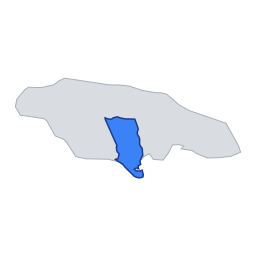 Clarendon highlighted on a map of Jamaica
{"feature_id": "JAM-1370", "entity_name": "Clarendon", "entity_type": "Parish", "adm_level": 1, "iso_a3": "JAM", "parent_name": "Jamaica", "parent_adm1": "", "projection": "robinson", "projection_center": [-77.269, 17.954], "detail": "fine", "context": "in_parent", "style": "filled", "palette": "blue", "viewbox_px": 256, "rotation_deg": 0, "n_neighbors": 0, "source": "natural_earth", "source_scale": "10m", "svg_char_len": 1819}
<svg xmlns="http://www.w3.org/2000/svg" viewBox="0 0 256 256"><path d="M129.4,86.1L142.3,90.4L155.6,92.7L161.4,92.8L166.8,94.2L178.9,104.7L188.7,110.4L225.9,123.2L238.3,145.3L240.6,152.2L231.0,156.3L219.0,157.7L207.4,158.0L196.8,153.7L192.1,150.5L181.0,148.9L183.7,146.0L178.8,144.6L172.6,144.9L168.1,153.4L163.0,160.1L153.3,159.4L149.5,153.7L144.4,156.3L140.3,160.5L135.4,176.4L127.5,168.5L118.8,161.9L108.0,159.2L86.1,158.8L75.8,156.6L67.2,143.2L63.8,139.4L55.2,135.9L46.6,120.6L43.5,118.5L20.2,115.2L15.4,106.8L16.8,99.2L24.6,89.9L28.4,87.2L41.3,87.6L53.6,84.8L59.0,80.8L64.7,78.2L109.3,84.9L119.6,85.0L129.4,86.1Z" fill="#d9dde1" stroke="#a8b0b8" stroke-width="1"/><path d="M142.8,155.7L142.1,156.2L140.4,160.0L139.9,161.1L140.7,164.4L140.0,164.8L138.6,165.7L137.9,166.0L138.1,166.7L138.3,167.9L138.6,168.7L137.4,168.1L136.3,168.0L135.2,168.5L134.2,169.4L136.0,170.7L138.0,171.1L140.1,171.0L142.2,170.2L143.3,174.8L142.9,176.9L140.4,177.8L138.2,177.7L136.2,177.2L134.2,176.2L125.0,167.1L123.1,164.5L115.3,159.5L115.6,159.2L115.8,159.1L116.1,159.0L117.1,159.1L117.4,159.1L117.7,159.0L117.9,158.8L118.1,158.6L118.2,158.3L118.4,156.8L119.0,154.5L119.1,154.2L119.0,153.8L118.8,153.3L117.5,152.2L117.1,151.5L116.9,150.9L116.7,150.2L116.5,148.6L116.4,147.7L116.4,147.1L116.7,146.2L116.9,145.5L105.4,119.7L105.1,117.9L107.6,118.8L110.3,119.3L110.7,119.2L111.2,119.1L112.0,118.8L112.4,118.6L113.1,117.9L113.4,117.8L117.0,116.9L117.4,116.9L118.0,117.0L120.0,117.9L125.2,118.9L134.8,119.1L137.8,127.4L138.2,129.6L137.8,130.4L137.5,131.6L137.3,133.3L137.3,133.9L137.4,134.4L137.8,135.1L138.0,135.3L138.6,136.3L139.2,137.5L139.4,138.3L139.6,138.9L139.6,143.2L139.7,144.1L139.8,144.8L139.9,145.1L140.1,145.4L142.1,148.4L142.3,149.0L142.4,149.5L142.3,149.9L142.8,155.7Z" fill="#3b82f6" stroke="#1e3a8a" stroke-width="1.5"/></svg>